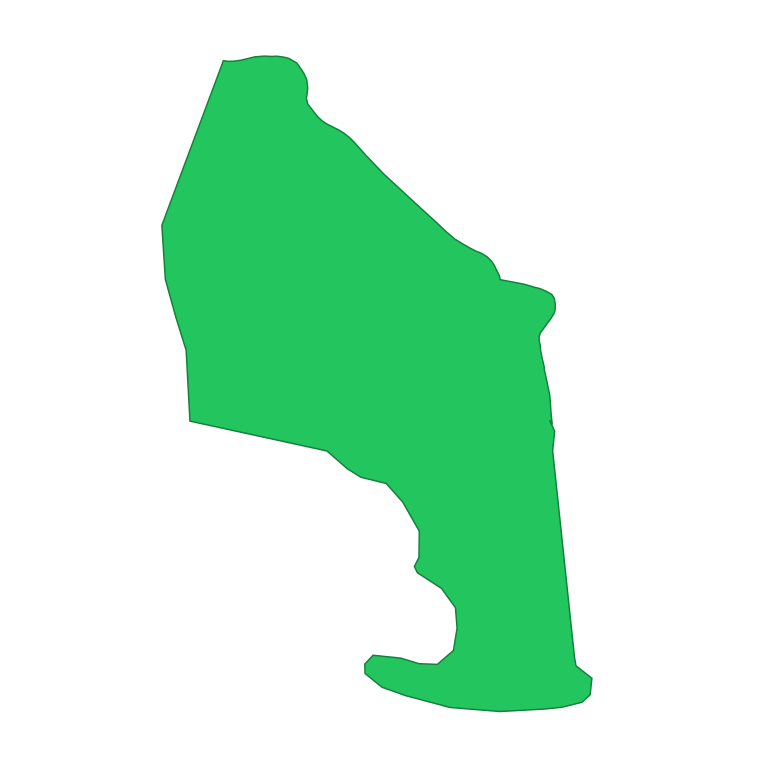 outline of Sauzay, Choiseul, Saint Lucia, rotated 96°
{"feature_id": "8701671B61982793358866", "entity_name": "Sauzay", "entity_type": "district", "adm_level": 2, "iso_a3": "LCA", "parent_name": "Saint Lucia", "parent_adm1": "Choiseul", "projection": "mercator", "projection_center": [-61.034, 13.778], "detail": "fine", "context": "isolated", "style": "filled", "palette": "green", "viewbox_px": 768, "rotation_deg": 96, "n_neighbors": 0, "source": "geoboundaries", "source_scale": "gbopen_adm2", "svg_char_len": 1605}
<svg xmlns="http://www.w3.org/2000/svg" viewBox="0 0 768 768"><g transform="rotate(96 384 384)"><path d="M635.8,166.0L432.7,209.3L413.2,209.3L402.7,215.5L405.0,212.8L401.0,213.7L394.0,215.1L389.1,215.9L383.3,216.9L377.4,218.1L372.8,219.6L369.5,220.7L364.2,222.3L354.1,225.7L349.8,226.6L343.0,229.0L334.5,231.7L329.0,232.7L325.2,234.1L320.5,234.7L316.3,233.6L312.3,231.1L307.8,228.6L302.3,225.3L296.3,222.4L294.0,221.9L292.4,221.5L286.7,222.0L281.4,223.5L279.8,224.5L277.5,226.4L275.2,231.5L273.3,237.2L272.6,240.2L272.1,244.6L271.4,247.8L270.9,250.7L270.1,255.5L268.1,279.4L264.4,280.5L258.6,284.1L260.4,283.2L255.2,286.2L250.5,290.0L246.8,294.7L243.8,300.9L242.1,306.9L239.3,314.0L236.0,321.3L232.5,328.7L228.6,334.3L226.5,337.4L215.4,352.1L202.5,369.7L189.5,387.0L175.5,405.8L158.7,425.7L146.8,438.8L143.1,443.3L139.2,449.3L136.6,454.4L134.8,459.0L131.6,467.5L129.0,472.7L125.1,478.0L118.3,484.5L113.7,489.0L108.4,491.0L102.6,490.8L97.6,490.8L89.6,492.6L83.9,495.8L79.7,499.1L73.9,504.3L70.1,512.6L69.4,518.2L69.2,524.9L70.0,530.0L70.4,537.2L72.1,546.5L77.0,560.3L78.8,567.8L79.2,571.5L79.4,573.0L79.3,576.1L79.2,577.5L249.3,621.5L302.7,612.4L339.1,598.1L371.1,584.3L441.2,573.1L456.6,433.7L472.1,411.7L479.2,397.1L482.7,371.4L499.4,353.1L526.7,333.5L552.8,331.1L562.3,334.7L568.2,331.1L581.3,305.4L599.1,289.5L619.3,285.8L641.8,287.1L657.3,301.7L658.5,320.1L654.9,338.4L654.9,366.5L664.4,373.8L673.9,372.6L685.8,354.3L691.7,329.8L698.8,284.6L697.6,234.5L690.5,190.5L686.9,173.4L679.8,153.8L671.5,146.5L654.9,146.5L644.2,163.6L635.8,166.0Z" fill="#22c55e" stroke="#15803d" stroke-width="1.5"/></g></svg>